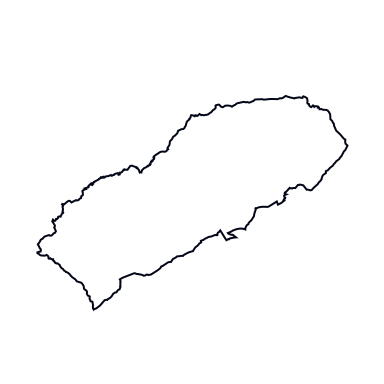 Vizantea-Livezi, Vrancea, Romania (Robinson projection), rotated 134°
{"feature_id": "2599482B64816881324136", "entity_name": "Vizantea-Livezi", "entity_type": "district", "adm_level": 2, "iso_a3": "ROU", "parent_name": "Romania", "parent_adm1": "Vrancea", "projection": "robinson", "projection_center": [26.804, 45.968], "detail": "fine", "context": "isolated", "style": "outline", "palette": "ink", "viewbox_px": 384, "rotation_deg": 134, "n_neighbors": 0, "source": "geoboundaries", "source_scale": "gbopen_adm2", "svg_char_len": 6070}
<svg xmlns="http://www.w3.org/2000/svg" viewBox="0 0 384 384"><g transform="rotate(134 192 192)"><path d="M157.6,244.5L159.9,243.4L163.1,243.4L165.2,243.9L168.0,243.1L170.8,243.1L173.8,240.9L177.2,240.3L178.1,239.5L177.6,239.4L177.8,238.8L179.2,239.1L180.3,238.8L182.0,239.5L183.0,241.0L185.1,242.6L192.3,244.2L193.8,243.9L194.1,243.4L193.6,243.0L194.5,242.3L196.2,242.3L197.4,241.8L197.7,241.9L197.5,242.6L198.6,242.6L199.1,242.2L201.2,241.7L200.9,241.1L201.1,241.0L202.0,241.0L202.6,241.5L204.1,241.5L204.3,241.6L204.2,242.0L206.2,242.2L208.0,243.0L211.0,243.1L213.1,242.0L213.4,242.6L214.2,243.0L213.8,243.6L214.0,244.0L213.1,245.1L213.0,246.3L212.6,247.5L213.3,248.1L213.3,248.8L212.7,249.3L213.6,250.7L214.6,253.2L216.0,254.5L220.8,253.9L222.4,255.6L222.7,256.5L223.2,256.6L223.4,256.1L224.4,256.5L226.1,256.3L227.8,256.7L228.3,257.4L229.6,256.2L230.5,256.6L230.7,256.9L229.9,258.0L230.3,258.8L233.0,260.2L233.7,259.9L234.8,260.6L235.8,260.8L236.2,261.1L236.1,262.2L238.2,263.0L241.0,265.0L242.2,264.9L242.8,265.3L243.3,265.8L242.7,266.4L243.7,267.0L244.7,266.9L244.9,267.1L244.6,267.7L244.8,267.9L245.8,267.5L247.3,268.1L247.8,267.8L252.7,269.5L253.0,269.1L253.5,269.5L254.5,269.4L254.8,269.0L255.0,269.3L254.7,269.7L255.2,270.0L255.4,269.2L255.7,269.0L255.6,270.4L256.4,270.7L256.8,270.6L257.0,270.1L257.2,270.5L258.5,270.7L260.1,270.0L260.3,270.4L261.0,270.0L261.4,270.4L263.0,271.2L262.7,270.7L263.3,270.1L263.9,270.7L267.2,271.6L267.6,271.4L268.7,269.6L270.1,268.4L272.0,268.7L273.5,267.6L275.0,268.2L276.7,268.0L278.2,269.0L278.4,269.8L283.3,271.5L283.2,273.4L283.6,274.2L284.0,274.5L285.4,275.0L289.8,275.4L290.6,277.0L291.2,276.9L291.3,276.3L291.1,275.6L292.0,274.9L292.7,274.8L293.6,273.2L294.6,272.6L294.8,272.1L296.4,271.3L296.3,270.3L296.5,270.2L298.4,270.4L301.0,269.4L301.8,270.6L302.7,271.0L303.0,271.0L303.7,270.3L305.0,270.3L305.7,271.1L306.2,271.0L306.7,270.5L307.9,270.5L308.7,271.3L308.4,272.1L308.4,272.8L310.2,272.1L310.4,270.9L311.3,267.5L312.0,266.7L313.2,266.5L314.7,262.7L315.6,262.4L316.8,262.3L317.9,262.8L320.7,262.7L322.0,263.7L322.3,264.9L325.2,266.5L327.0,267.2L329.1,267.0L331.3,267.6L334.9,266.6L336.4,266.6L336.8,266.5L337.5,263.9L338.1,262.8L338.2,261.1L338.9,260.2L339.7,260.1L340.0,259.6L342.8,261.3L343.4,260.6L343.0,259.4L342.9,257.3L342.4,256.4L340.0,253.6L338.2,252.8L338.1,250.8L338.4,250.2L339.3,249.3L339.3,248.5L338.3,248.1L338.5,247.6L337.9,246.9L337.6,245.8L336.9,245.2L337.8,244.5L337.4,243.4L337.9,242.4L337.7,241.7L338.0,241.3L337.6,239.9L336.8,239.4L336.4,236.3L337.0,235.3L337.4,233.1L337.0,231.0L337.4,229.6L337.1,228.6L337.1,227.1L336.8,226.7L336.2,224.7L336.2,221.9L336.5,221.2L336.4,220.2L336.5,219.2L335.9,215.0L336.3,212.8L334.1,208.5L334.6,205.5L335.1,204.3L336.7,202.4L336.3,199.2L337.0,197.8L338.1,197.2L338.5,196.3L338.8,194.6L338.2,193.5L338.2,192.9L339.8,191.7L340.4,190.6L340.4,190.0L341.1,189.1L340.1,187.4L342.3,184.4L343.4,183.7L343.7,183.2L344.5,182.4L344.8,181.1L344.1,181.3L343.7,180.7L342.2,180.0L337.5,179.3L330.6,179.7L329.1,178.8L328.5,178.0L327.3,178.1L325.0,177.3L322.6,177.4L319.9,178.0L317.9,177.5L316.6,176.7L313.8,177.1L312.3,176.5L309.9,177.6L309.9,178.1L308.7,178.8L307.7,180.0L306.8,180.5L306.4,181.2L305.6,181.6L305.0,183.2L302.0,182.4L290.7,177.2L289.9,176.3L289.5,175.0L288.0,173.3L288.0,172.8L287.0,171.6L286.0,169.7L285.8,168.6L284.8,167.8L282.9,167.3L282.5,166.8L282.1,165.8L279.9,164.2L271.7,162.2L268.7,161.9L266.9,162.4L265.4,161.7L259.0,160.3L256.8,158.5L253.6,159.2L250.1,158.1L248.9,158.1L244.5,154.6L244.3,154.1L242.6,154.1L239.3,153.0L237.2,152.2L233.8,150.2L231.3,150.9L229.3,151.1L226.6,150.7L223.8,150.9L221.9,150.4L221.0,151.7L218.2,150.4L217.0,150.3L212.8,148.8L210.2,147.0L207.1,145.7L205.5,143.8L205.1,143.9L204.8,144.6L203.3,145.1L202.1,144.8L200.0,145.0L202.8,133.8L200.7,133.2L200.3,132.9L200.3,132.6L199.1,132.5L195.7,130.2L194.1,128.8L194.5,133.0L195.7,134.3L196.7,137.1L196.6,137.7L193.0,136.2L191.5,135.9L187.7,134.1L185.5,132.5L183.9,131.0L182.2,128.5L181.9,127.6L180.4,128.8L179.2,129.2L177.7,129.5L175.9,129.1L175.0,129.7L174.2,129.8L171.0,129.7L166.5,130.6L163.9,132.3L159.9,134.2L159.9,134.8L159.4,135.0L158.5,134.1L156.7,133.4L153.5,130.9L150.3,127.4L149.2,126.7L139.9,124.4L141.4,121.4L138.0,120.2L134.1,119.7L134.3,120.5L133.9,120.6L132.5,120.9L132.0,120.5L131.3,121.0L131.4,122.0L130.7,123.2L129.9,123.3L128.2,122.5L128.7,123.7L128.6,124.5L127.4,124.8L126.7,124.4L121.4,124.6L121.5,124.2L120.6,123.7L120.1,122.5L118.8,122.0L117.4,120.4L113.3,120.7L112.6,119.9L111.8,119.6L111.3,119.0L109.9,116.5L110.7,111.2L109.9,110.5L108.6,108.0L107.5,107.3L104.1,107.4L99.1,107.0L96.7,107.5L95.3,107.3L92.7,107.7L92.0,108.3L89.4,109.4L87.9,109.4L85.4,108.8L84.2,110.1L83.6,110.1L82.2,109.4L78.8,109.5L75.0,109.0L73.5,109.4L71.8,109.3L69.9,109.6L66.1,109.0L63.7,109.5L62.8,109.3L57.4,110.9L55.2,110.9L50.6,112.4L50.6,115.1L49.6,116.6L47.8,118.1L48.2,119.8L47.6,125.3L47.7,130.9L45.6,135.9L44.3,137.5L44.3,138.7L43.5,140.5L43.5,143.0L40.2,146.5L39.3,149.2L39.2,151.1L39.6,152.4L41.8,154.8L42.4,156.5L43.9,157.8L43.1,159.1L43.8,159.9L43.0,160.3L42.9,160.7L44.7,163.0L45.9,163.2L45.5,164.8L45.6,165.1L48.1,165.2L48.5,166.8L48.4,167.7L47.5,169.0L48.1,170.2L47.9,170.9L46.5,171.9L44.7,174.2L44.9,176.0L45.8,178.3L46.4,178.5L47.6,177.9L48.4,178.9L49.3,180.5L53.1,183.4L53.5,183.3L56.1,187.6L57.9,191.4L61.5,192.1L62.8,192.9L63.3,193.8L65.6,194.8L70.5,200.1L75.6,204.4L76.5,206.0L81.2,210.5L81.8,210.9L83.6,211.0L87.5,212.6L88.2,213.2L88.7,214.5L90.0,215.5L91.3,217.5L96.8,221.1L98.0,221.5L99.2,221.4L100.6,222.1L102.9,222.5L103.3,224.1L105.2,226.6L106.9,228.1L109.6,228.7L110.5,230.4L110.3,233.0L110.6,233.5L112.6,234.9L113.5,235.1L114.7,233.7L115.6,233.3L117.3,233.4L118.3,233.8L121.4,233.6L122.1,233.9L125.3,234.4L128.8,237.0L129.4,238.2L130.3,238.7L130.7,240.8L133.4,240.9L133.9,241.3L134.0,242.4L134.5,242.9L135.3,242.6L135.7,242.7L136.0,244.0L136.8,245.4L137.4,246.0L139.9,244.7L141.0,244.9L141.4,244.3L144.1,244.6L145.5,244.3L149.1,242.4L150.0,242.4L151.1,241.9L152.7,242.0L154.3,243.3L157.6,244.5Z" fill="none" stroke="#020617" stroke-width="2"/></g></svg>